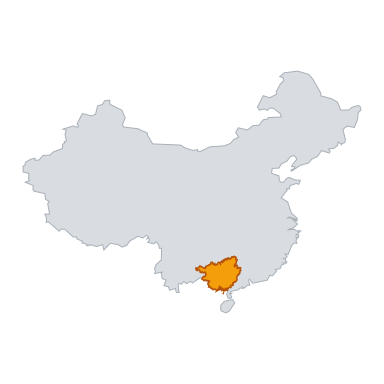 location of Guangxi within China
{"feature_id": "CHN-1152", "entity_name": "Guangxi", "entity_type": "Autonomous Region", "adm_level": 1, "iso_a3": "CHN", "parent_name": "China", "parent_adm1": "", "projection": "robinson", "projection_center": [108.679, 23.706], "detail": "fine", "context": "in_parent", "style": "filled", "palette": "amber", "viewbox_px": 384, "rotation_deg": 0, "n_neighbors": 0, "source": "natural_earth", "source_scale": "10m", "svg_char_len": 9380}
<svg xmlns="http://www.w3.org/2000/svg" viewBox="0 0 384 384"><path d="M216.5,290.1L208.7,286.9L208.0,283.3L209.4,281.4L203.8,280.4L200.5,277.4L192.5,283.0L190.6,281.3L186.7,283.6L183.7,281.6L181.6,284.1L179.1,283.4L178.0,285.0L179.1,292.6L176.3,292.3L175.3,288.4L169.7,290.3L168.4,286.6L164.0,285.7L166.0,280.1L162.2,278.5L161.2,273.6L162.2,272.1L154.6,273.5L155.5,271.3L154.5,268.6L156.3,264.3L161.3,260.0L161.6,248.2L159.5,248.4L158.4,244.3L155.9,241.8L153.9,243.8L147.8,242.4L149.6,240.0L148.8,238.0L147.0,238.9L148.4,236.6L146.5,235.3L142.6,238.1L138.2,236.2L130.0,240.9L126.4,245.6L122.2,247.1L118.2,244.7L110.2,243.2L103.9,250.0L102.6,244.6L96.6,246.6L90.8,244.6L89.5,245.8L87.9,244.5L87.0,245.9L85.3,243.4L82.0,243.1L82.4,241.2L77.0,239.0L76.4,236.8L73.3,237.1L64.8,229.2L61.1,229.1L59.2,231.2L48.3,221.8L46.2,222.5L46.5,217.9L44.8,214.0L49.6,214.2L47.7,203.7L49.3,201.7L45.6,199.3L44.8,193.6L34.4,191.3L33.0,189.7L33.1,185.5L25.2,182.2L29.6,180.5L28.6,179.0L28.9,173.4L23.2,172.0L23.0,166.2L24.7,165.4L25.6,162.2L30.8,159.2L35.0,158.2L35.4,160.4L39.0,160.0L43.0,155.5L49.8,155.1L53.7,151.8L62.5,148.5L62.7,144.2L64.9,142.8L64.2,141.7L66.5,140.8L65.0,134.5L66.2,130.2L63.0,129.1L73.4,125.9L77.7,127.4L78.5,125.4L77.0,124.3L82.3,113.5L91.5,115.9L95.5,114.4L97.6,105.9L102.4,104.5L104.6,100.7L109.6,100.2L110.0,104.3L121.9,110.2L125.1,117.7L122.5,124.7L123.5,127.0L137.7,128.7L147.5,133.2L147.3,134.8L152.6,143.9L180.9,145.1L184.5,147.7L193.1,150.5L197.5,149.6L197.4,151.1L200.1,151.5L210.1,146.8L224.4,145.8L230.3,143.5L233.6,139.6L238.7,137.1L235.7,132.6L238.3,127.8L247.6,130.0L252.8,125.7L258.9,125.2L263.5,119.6L267.7,119.1L268.2,117.6L281.3,117.0L280.3,113.8L273.5,108.2L269.5,108.1L267.4,110.4L264.2,108.9L259.6,110.2L257.5,107.2L263.2,95.7L269.6,97.8L276.8,94.1L276.1,91.9L280.4,84.0L283.7,80.7L283.0,77.6L279.7,76.6L284.3,72.8L297.7,71.1L308.6,74.4L312.7,78.9L320.8,93.2L320.9,95.9L331.5,98.7L337.5,102.2L340.8,110.1L348.7,110.0L352.0,107.3L357.9,105.5L360.0,106.3L361.0,110.0L358.2,112.8L357.4,119.9L354.3,127.4L347.3,126.1L342.9,129.3L345.4,139.4L344.7,142.6L341.3,143.8L342.0,145.1L338.2,142.0L337.4,145.7L333.4,148.5L328.5,148.9L330.1,151.5L329.5,153.0L321.3,150.7L317.7,156.3L311.7,159.3L308.5,163.0L300.6,165.2L291.4,171.2L291.0,169.9L294.2,168.6L294.9,166.7L291.8,166.7L291.7,165.6L297.0,159.0L294.4,155.8L290.7,156.3L287.1,160.9L281.1,164.2L278.9,168.1L272.2,168.4L271.6,173.3L279.0,175.9L279.3,180.8L281.2,182.2L283.9,182.0L286.6,178.4L289.3,177.4L294.5,179.9L300.4,180.3L298.7,184.3L296.4,183.4L290.1,185.6L289.2,189.1L286.6,188.6L287.2,190.1L281.1,197.9L287.6,201.9L291.4,213.1L297.3,218.3L297.0,219.7L289.6,216.9L286.8,218.1L290.8,217.7L297.6,224.1L292.3,228.7L289.6,228.8L288.2,229.8L294.4,229.4L299.3,232.4L296.0,235.0L298.7,235.0L298.5,237.4L295.8,237.5L297.2,238.7L296.0,240.8L296.9,243.3L294.1,243.0L291.9,245.2L288.0,254.7L285.2,253.7L287.1,256.8L284.6,258.7L282.7,258.3L285.6,259.1L285.7,263.3L283.0,262.9L283.7,264.4L281.9,264.6L280.1,268.6L275.2,269.6L276.5,271.2L272.5,275.8L269.8,275.4L267.2,280.2L252.6,283.2L249.6,279.1L248.5,280.4L249.8,285.2L247.1,285.3L244.1,288.3L242.7,286.9L242.4,288.5L240.3,287.8L238.2,289.8L231.1,291.3L229.6,294.0L231.7,297.0L230.7,298.5L228.0,298.1L226.6,294.2L228.2,290.3L226.0,288.9L223.6,290.7L219.6,287.4L219.7,289.3L216.5,290.1ZM232.6,299.6L234.7,303.0L229.1,311.3L225.8,312.9L220.9,310.7L220.7,305.4L224.2,301.4L232.6,299.6ZM297.6,221.1L295.6,220.7L293.7,219.0L295.2,219.3L297.6,221.1ZM300.5,231.0L299.0,231.4L298.6,230.5L300.5,231.0ZM286.9,261.9L286.1,263.0L286.2,261.6L286.9,261.9ZM230.3,293.7L231.8,293.1L231.7,293.9L230.3,293.7Z" fill="#d9dde1" stroke="#a8b0b8" stroke-width="1"/><path d="M202.8,279.5L202.1,279.4L202.0,278.5L202.5,277.8L202.6,277.4L202.9,277.4L202.9,277.1L203.3,277.0L203.8,276.3L204.1,276.2L204.5,276.6L204.8,276.6L205.5,276.2L205.7,274.8L205.6,274.3L206.0,274.0L205.7,273.4L205.7,273.1L204.9,272.5L204.9,272.1L204.2,272.4L204.0,272.8L203.5,272.8L202.8,272.5L202.4,271.9L202.0,272.1L201.8,272.6L201.5,272.7L200.6,272.0L200.6,272.3L199.9,271.9L199.9,270.7L199.6,270.4L199.4,270.0L198.6,270.0L198.0,269.8L197.3,269.7L197.0,270.0L197.2,270.6L196.9,270.6L196.3,269.9L195.9,268.9L195.8,268.3L196.1,267.8L197.3,268.6L197.6,268.2L197.9,268.1L198.2,267.6L199.0,267.4L199.2,266.7L199.5,266.3L199.9,266.2L200.0,266.0L200.5,266.4L201.1,266.3L201.4,266.5L201.6,266.9L201.9,267.3L202.9,267.5L203.7,268.0L204.1,267.8L204.3,267.9L204.9,268.5L205.2,268.1L205.9,267.5L206.0,267.2L206.0,266.9L205.8,266.3L206.6,266.1L207.5,265.8L208.3,265.3L208.8,264.8L210.1,264.7L210.3,264.3L210.7,264.3L210.9,263.6L210.6,263.0L210.9,262.6L211.2,262.4L211.8,262.4L212.2,262.2L212.7,262.7L212.7,263.1L213.1,263.3L213.3,263.9L213.6,264.1L213.6,264.5L213.9,264.5L214.4,264.1L214.6,263.9L214.6,264.2L214.8,264.4L214.8,264.6L215.2,264.4L215.4,265.0L216.0,265.0L216.4,264.6L217.1,264.5L217.4,264.4L217.5,264.2L217.5,263.3L218.4,262.5L218.5,262.3L219.2,262.5L219.7,263.0L220.3,263.9L220.3,263.4L220.1,263.1L220.1,262.9L220.2,262.7L220.6,262.5L220.5,262.2L220.8,261.9L221.2,261.8L221.3,262.4L222.3,262.2L222.7,262.5L222.9,262.3L222.8,261.8L222.9,261.1L222.5,261.1L221.9,261.5L221.8,261.4L221.9,261.1L222.4,260.7L223.2,260.4L223.4,260.8L223.6,260.8L223.7,260.4L224.0,260.9L224.4,260.9L224.8,260.0L225.0,259.7L224.9,259.2L225.4,258.8L225.9,258.9L226.2,258.7L226.6,259.2L226.5,259.8L227.1,259.8L227.3,259.6L227.3,258.9L227.6,258.8L228.0,257.8L228.3,257.8L228.9,258.1L228.7,258.6L228.8,258.8L229.5,258.8L230.0,259.3L230.3,259.1L230.7,258.2L231.0,258.0L231.4,257.9L231.7,257.5L231.9,256.7L232.6,256.8L232.8,257.2L233.8,257.2L234.2,256.4L234.5,256.7L235.9,257.1L236.1,257.3L235.6,259.3L235.9,259.9L236.2,260.1L236.3,259.7L236.9,259.7L237.2,259.6L237.3,259.8L237.0,260.1L236.9,260.5L236.7,260.9L236.4,261.0L236.3,261.5L236.4,261.9L236.4,262.4L236.2,263.0L236.0,263.3L235.5,263.4L235.4,263.9L235.2,264.1L235.1,264.5L234.5,265.0L234.3,265.8L234.6,266.5L234.8,266.6L235.0,266.4L235.3,265.7L236.1,265.0L236.4,265.2L236.8,265.1L237.0,265.2L237.0,265.6L237.3,265.9L237.1,266.4L237.2,266.8L237.2,267.0L237.4,267.4L237.1,268.2L237.6,268.5L237.9,268.1L238.2,268.0L238.3,267.7L238.5,267.5L239.3,267.7L240.1,267.6L240.5,267.8L240.1,268.1L240.1,268.4L240.0,268.5L240.1,268.8L240.5,269.1L240.4,269.7L240.8,270.5L240.3,271.0L240.1,271.0L239.7,271.4L239.9,273.0L239.7,273.3L239.4,273.5L239.3,274.0L238.5,274.0L238.2,274.6L238.3,275.2L237.4,275.6L237.3,276.1L236.9,276.9L236.8,277.4L236.7,277.9L236.9,278.5L236.8,278.9L237.0,279.4L236.9,279.9L236.7,280.0L236.7,280.5L236.2,281.1L235.7,281.6L234.9,281.7L235.1,281.9L234.8,282.3L234.3,282.2L234.1,282.5L233.5,282.7L233.4,282.8L233.1,282.8L233.0,283.4L232.7,283.4L232.8,283.8L232.8,284.2L233.2,284.6L233.2,284.8L232.7,284.8L232.5,285.2L232.5,285.5L232.2,285.6L231.9,285.5L231.5,285.7L231.1,285.3L230.6,285.4L230.8,285.9L230.7,286.8L230.9,287.1L230.9,287.5L229.9,287.6L229.3,287.4L228.4,287.7L228.1,289.0L227.5,289.3L227.2,289.1L227.1,289.9L227.3,290.3L227.1,290.4L226.5,290.1L226.7,289.7L226.7,289.3L226.5,289.5L226.3,289.7L226.3,289.2L226.2,289.3L226.0,289.0L226.0,288.8L226.2,288.5L226.1,288.4L225.6,288.8L225.6,289.0L225.8,288.9L225.8,289.1L225.4,289.1L225.8,289.3L226.1,289.6L226.0,290.0L225.8,290.3L225.5,290.4L225.5,290.2L225.2,290.5L224.7,290.5L224.6,290.3L224.4,290.6L224.1,290.7L224.1,290.3L223.9,290.8L223.7,290.8L223.6,290.6L223.6,290.9L223.0,290.6L222.9,290.5L223.0,290.3L223.5,290.1L223.5,289.5L223.1,289.5L223.1,289.4L222.9,289.5L223.1,289.2L222.6,289.4L222.2,289.4L222.0,289.0L221.8,288.9L221.9,288.5L222.2,288.4L221.9,288.4L221.9,288.1L221.5,288.0L221.3,288.0L221.6,288.1L221.5,288.3L221.7,288.2L221.7,288.5L221.5,288.4L221.3,288.6L221.7,288.9L221.6,289.2L221.8,289.2L221.8,289.3L221.4,289.2L221.1,289.4L221.1,289.5L220.9,289.2L221.1,289.1L221.2,288.9L221.1,289.0L220.9,288.9L221.0,288.5L220.8,288.8L220.6,288.6L220.8,288.5L220.5,288.5L220.7,288.0L220.5,288.3L220.4,288.2L220.4,288.5L220.2,288.5L220.3,288.2L220.2,288.3L220.1,288.0L220.5,287.5L220.2,287.3L220.2,287.5L220.1,287.1L219.8,287.4L219.7,287.4L219.8,287.5L219.6,287.6L219.5,287.1L219.4,287.3L219.4,287.7L219.7,288.2L219.6,288.5L219.5,288.8L219.7,289.0L219.8,288.7L219.8,289.0L220.0,288.8L220.1,289.0L219.7,289.2L219.9,289.3L219.8,289.5L219.6,289.6L219.6,289.3L219.5,289.5L219.5,289.8L219.2,289.8L219.0,289.7L219.3,289.6L219.3,289.3L219.2,289.3L219.5,289.0L219.1,289.1L219.2,288.8L219.0,289.0L218.7,288.8L218.7,288.6L218.5,288.9L218.6,289.3L218.4,289.6L218.6,289.6L218.4,289.9L217.9,290.2L218.2,289.6L218.0,289.3L218.1,289.2L217.9,289.3L217.9,289.2L217.9,289.5L217.7,289.7L217.1,289.8L217.1,290.0L216.6,289.9L216.9,290.1L216.7,290.2L216.8,290.3L217.2,290.3L216.8,290.4L216.5,290.7L216.6,290.3L215.6,289.2L215.2,289.1L214.7,289.4L213.9,289.5L213.7,289.6L213.4,289.3L213.3,289.2L212.8,289.5L212.3,288.7L211.7,288.7L211.1,288.2L210.7,288.1L210.6,287.8L210.8,287.5L210.8,287.2L210.5,287.2L210.2,287.3L209.9,287.0L209.4,286.9L209.1,286.7L208.8,287.0L208.6,287.0L208.8,286.1L208.6,285.4L208.7,285.2L208.5,284.6L208.0,284.4L207.9,283.7L208.2,282.6L208.4,282.5L208.6,282.8L208.8,282.7L209.2,281.6L209.5,281.4L209.5,281.2L209.1,281.2L208.7,280.8L208.4,280.9L208.2,280.6L207.7,280.4L207.5,280.6L206.3,280.8L206.1,280.7L206.0,280.2L205.6,280.0L204.8,280.0L204.5,280.3L204.0,280.3L203.9,280.5L203.3,279.8L202.8,279.5ZM223.3,293.5L223.2,293.4L223.4,293.2L223.4,293.4L223.3,293.5Z" fill="#f59e0b" stroke="#b45309" stroke-width="1.5"/></svg>